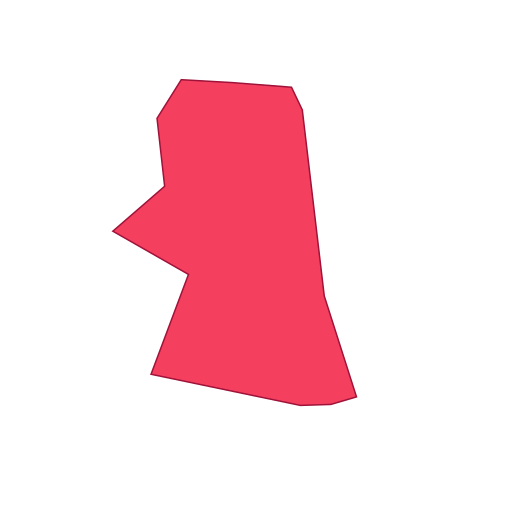 SVG path tracing the border of Ventspils, rotated 126°
{"feature_id": "LVA-4852", "entity_name": "Ventspils", "entity_type": "Republican City", "adm_level": 1, "iso_a3": "LVA", "parent_name": "Latvia", "parent_adm1": "", "projection": "natural_earth1", "projection_center": [21.584, 57.407], "detail": "fine", "context": "isolated", "style": "filled", "palette": "rose", "viewbox_px": 512, "rotation_deg": 126, "n_neighbors": 0, "source": "natural_earth", "source_scale": "10m", "svg_char_len": 336}
<svg xmlns="http://www.w3.org/2000/svg" viewBox="0 0 512 512"><g transform="rotate(126 256 256)"><path d="M98.6,326.5L110.6,304.4L248.2,177.3L310.9,91.9L332.1,108.2L350.8,132.3L413.4,271.4L310.6,299.8L320.1,386.4L253.3,370.9L202.8,417.0L157.3,420.1L129.7,377.2L98.6,326.5Z" fill="#f43f5e" stroke="#9f1239" stroke-width="1.5"/></g></svg>